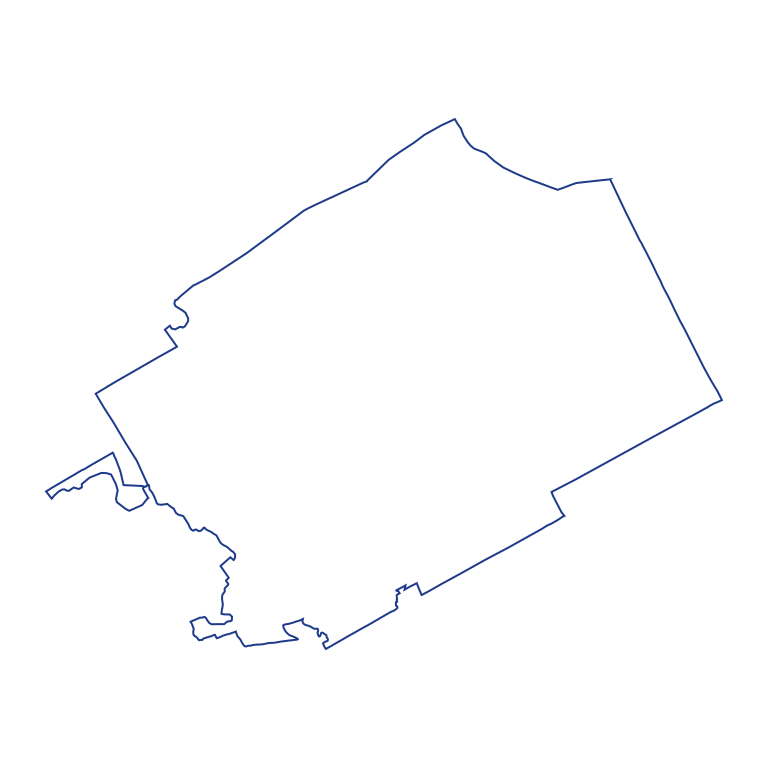 Popesti, Arges, Romania (Mercator projection)
{"feature_id": "2599482B99719362105911", "entity_name": "Popesti", "entity_type": "district", "adm_level": 2, "iso_a3": "ROU", "parent_name": "Romania", "parent_adm1": "Arges", "projection": "mercator", "projection_center": [25.115, 44.453], "detail": "fine", "context": "isolated", "style": "outline", "palette": "blue", "viewbox_px": 768, "rotation_deg": 0, "n_neighbors": 0, "source": "geoboundaries", "source_scale": "gbopen_adm2", "svg_char_len": 6057}
<svg xmlns="http://www.w3.org/2000/svg" viewBox="0 0 768 768"><path d="M681.5,421.5L686.0,419.0L699.3,411.8L705.6,408.3L707.7,407.2L709.1,406.2L713.6,403.7L717.9,401.9L721.9,400.1L719.1,394.4L716.7,389.9L712.6,383.2L709.1,377.1L703.8,367.4L690.5,341.0L684.9,329.8L680.5,321.8L675.0,310.7L669.4,298.8L664.6,289.9L662.4,285.6L661.1,282.2L656.5,273.2L653.5,266.7L646.2,252.2L643.7,247.6L641.6,243.3L639.8,240.5L628.1,216.9L626.0,212.8L610.2,179.4L610.3,179.3L591.4,181.3L576.4,183.0L572.3,184.4L563.1,187.9L557.7,189.8L551.8,187.7L539.0,182.9L533.3,180.9L532.0,180.4L526.0,178.0L520.7,175.7L514.2,172.8L503.5,167.6L503.1,167.4L494.4,161.1L489.4,156.6L487.7,155.0L485.7,153.3L483.8,152.4L482.5,151.8L475.1,149.0L474.2,148.6L472.4,147.2L470.4,145.4L467.8,142.3L463.8,136.2L462.1,131.9L461.1,128.8L457.7,124.1L454.8,119.1L441.1,125.5L424.3,134.9L414.3,142.5L399.5,152.2L388.7,159.8L367.4,180.5L367.3,181.0L367.0,181.3L363.6,182.5L316.0,204.5L307.6,208.6L303.8,210.7L278.5,229.6L246.7,253.1L219.0,271.3L209.3,277.4L194.4,285.1L193.6,285.2L180.7,296.0L176.9,299.8L175.0,300.4L174.4,303.8L175.7,306.3L179.9,308.9L182.9,310.7L185.6,312.9L188.1,318.3L188.2,321.1L184.9,326.4L182.6,327.6L181.5,326.9L179.6,327.0L175.2,329.4L171.7,328.6L169.9,325.7L164.9,329.7L177.0,346.7L159.3,356.6L115.3,381.9L95.7,393.7L104.1,407.9L113.0,421.7L125.5,442.8L136.8,460.7L147.7,484.7L146.3,486.1L145.5,486.4L144.0,486.7L142.4,486.0L123.6,485.1L122.0,478.3L120.7,472.6L119.9,470.0L116.2,460.1L114.2,455.9L113.2,453.2L112.7,452.7L90.5,465.4L84.8,468.9L81.5,470.4L77.9,472.5L76.0,473.7L71.7,476.2L50.9,488.4L49.3,489.5L46.1,491.4L51.7,498.7L54.4,495.4L58.6,491.6L62.0,489.6L64.3,489.3L66.4,490.5L68.7,490.9L73.7,487.5L78.8,489.0L81.8,487.4L81.8,484.0L89.6,477.6L101.4,472.9L106.3,473.1L111.1,474.5L115.7,483.7L117.7,490.2L116.0,498.9L116.9,502.2L125.5,508.9L129.3,510.8L142.2,505.0L147.4,498.6L148.3,498.1L143.4,489.6L143.0,488.1L143.4,487.5L143.8,487.1L146.2,486.5L147.9,484.8L148.7,484.9L149.1,486.3L149.6,489.5L151.3,491.4L152.6,493.4L154.1,496.3L155.5,499.6L156.8,503.2L157.9,504.3L161.4,504.8L167.2,503.9L170.8,506.8L173.7,508.6L176.0,513.0L178.2,514.6L183.3,516.1L188.5,524.3L189.8,527.5L191.6,529.9L193.4,530.7L194.8,529.7L196.4,529.6L197.5,530.5L199.3,531.2L200.7,530.8L203.0,528.8L203.4,527.9L204.0,527.6L204.8,527.9L205.6,529.0L207.4,530.2L211.3,532.0L214.1,534.1L215.5,534.7L216.6,535.7L219.8,541.7L220.8,543.0L222.9,544.8L227.0,546.9L231.1,550.5L231.5,551.0L232.8,551.5L234.6,553.6L235.1,554.5L235.1,557.2L234.3,559.2L233.6,560.0L230.3,557.3L220.5,566.0L228.3,577.1L228.7,577.9L226.1,580.3L226.0,580.8L227.9,583.3L228.3,584.3L227.7,585.3L224.8,588.3L224.6,589.0L224.8,591.1L224.7,591.6L222.8,594.2L222.3,595.4L222.1,596.6L222.1,599.6L222.7,603.5L222.8,605.1L222.3,608.0L221.6,611.5L221.5,613.8L222.2,614.0L224.3,614.4L226.4,614.4L229.7,614.5L232.0,616.6L231.8,620.3L230.6,621.2L228.3,621.3L226.5,622.1L224.3,624.1L211.4,624.2L209.2,622.9L207.3,620.3L206.2,618.3L205.0,617.2L204.2,616.9L202.1,617.7L200.1,617.6L190.6,621.7L191.6,623.5L192.4,625.1L192.7,626.3L193.5,628.0L193.6,630.1L193.2,631.7L193.4,634.5L194.7,636.1L196.2,636.8L197.4,638.1L198.9,640.2L199.8,640.0L202.3,639.9L202.5,639.8L202.7,639.3L203.0,638.9L203.5,638.6L205.7,637.8L208.2,637.0L210.6,636.4L213.1,635.4L214.6,634.8L214.9,634.8L215.1,635.0L215.9,636.8L216.4,637.6L216.8,638.2L219.6,637.3L222.0,636.1L224.1,635.3L226.6,634.5L228.6,634.1L229.9,633.7L235.9,631.6L236.2,632.8L236.5,633.8L237.4,635.9L237.7,636.5L238.4,637.3L239.1,638.0L240.7,640.0L241.0,640.6L241.7,642.1L242.4,643.3L244.2,645.8L244.9,646.2L245.4,646.4L245.9,646.5L246.8,646.2L248.1,645.8L248.7,645.7L249.5,645.7L250.4,645.8L251.8,645.3L252.8,645.0L258.0,644.5L259.2,644.6L261.0,644.4L262.5,644.3L263.8,644.1L266.8,643.4L268.6,643.1L272.2,642.8L272.5,642.9L275.2,642.6L281.5,641.5L286.6,640.9L288.1,640.6L291.2,640.3L296.9,639.6L297.7,639.4L297.9,639.3L297.9,639.2L297.6,638.8L297.2,638.5L295.3,637.5L292.9,636.4L291.0,635.8L289.5,635.1L288.5,634.4L287.3,633.3L286.0,631.9L285.2,630.7L284.7,629.9L283.7,628.0L283.4,627.1L283.3,625.2L283.8,624.8L285.7,624.3L287.0,624.1L288.5,623.9L293.2,622.6L296.2,621.5L299.1,620.7L299.9,620.4L302.9,619.0L302.8,619.5L302.6,620.1L302.5,620.8L302.5,621.5L302.6,622.0L302.8,622.6L303.5,623.5L304.0,624.1L304.7,624.5L305.4,624.9L308.3,625.7L309.9,626.3L311.0,626.9L312.6,627.9L313.9,628.6L314.8,628.8L317.0,628.7L317.4,628.8L317.7,628.9L318.0,629.5L318.1,630.6L317.6,632.4L317.5,632.6L317.6,632.9L318.1,634.9L318.6,636.0L318.9,636.4L319.1,636.5L319.3,636.5L319.8,636.2L320.1,636.0L320.3,635.7L320.6,635.0L320.9,633.7L321.2,633.0L321.4,632.8L321.9,632.6L322.7,632.8L323.4,633.1L324.3,633.9L325.8,634.7L326.2,635.2L326.5,635.5L326.6,636.0L326.6,636.6L326.6,637.1L326.9,637.7L327.6,638.5L327.8,638.9L327.9,639.4L327.9,640.0L327.8,640.3L327.6,640.8L327.2,641.1L326.4,641.3L325.4,641.6L324.5,642.3L323.4,642.8L323.2,643.0L323.1,643.3L323.1,643.7L323.4,644.4L323.5,644.8L323.8,645.1L324.1,646.0L324.8,647.4L325.9,648.9L331.9,645.6L332.6,645.1L343.0,639.2L346.7,637.0L353.1,633.4L354.1,632.9L359.3,629.9L369.8,624.1L387.7,613.7L388.1,613.5L388.8,613.1L389.4,612.6L390.7,612.2L391.3,611.7L393.3,610.9L394.6,610.2L396.1,609.2L397.4,607.9L397.4,607.7L397.4,607.1L397.3,606.6L397.1,606.4L396.3,606.0L396.1,605.7L396.0,605.2L395.9,603.4L395.9,603.1L395.8,602.6L395.9,602.4L396.2,602.1L397.1,601.8L397.2,601.5L396.9,600.7L396.7,600.3L396.7,600.0L396.7,599.7L396.8,599.6L397.1,599.2L397.1,598.8L397.1,598.7L396.8,597.9L396.7,595.4L396.9,595.0L397.0,594.8L399.6,593.3L398.9,592.2L398.0,590.7L397.1,591.0L396.9,591.0L396.6,590.8L396.5,590.5L396.4,590.3L405.5,585.4L404.5,589.7L409.8,586.7L416.8,583.2L416.9,583.6L417.9,586.1L418.9,588.6L421.6,595.0L422.5,594.6L429.7,590.7L441.5,584.0L458.9,574.5L485.8,559.5L508.9,547.3L533.0,533.8L534.0,533.4L535.3,532.5L537.1,531.6L541.8,528.9L546.9,525.7L548.1,525.1L549.1,524.7L551.8,523.4L558.2,519.7L561.0,517.8L562.8,516.6L563.6,516.2L564.4,515.9L561.5,512.3L553.3,496.5L551.5,492.0L576.3,479.1L653.8,436.5L678.4,423.1L681.5,421.5Z" fill="none" stroke="#1e3a8a" stroke-width="2"/></svg>